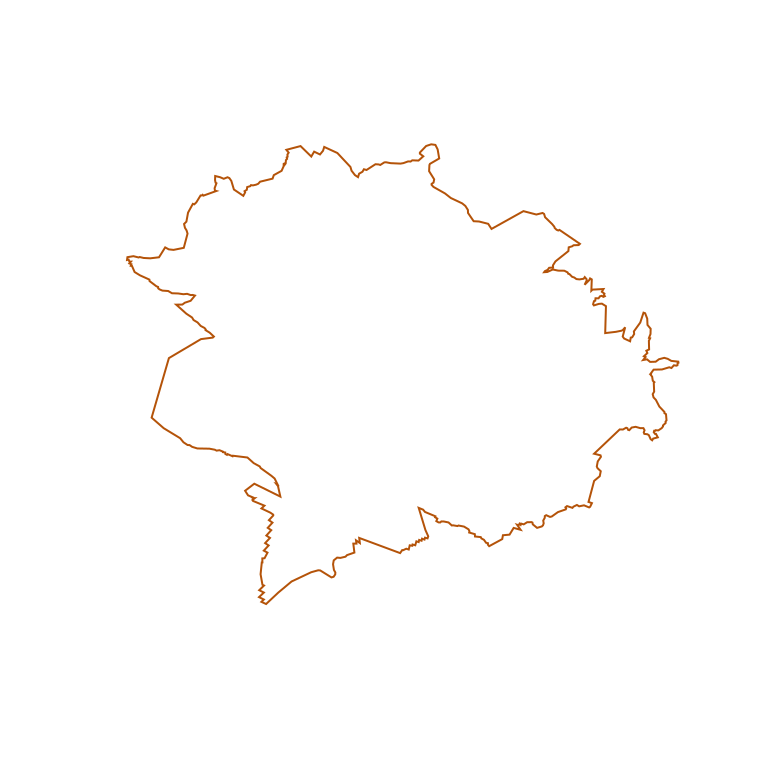 outline of Zautla, Puebla, Mexico, rotated 106°
{"feature_id": "50627088B17809013633948", "entity_name": "Zautla", "entity_type": "district", "adm_level": 2, "iso_a3": "MEX", "parent_name": "Mexico", "parent_adm1": "Puebla", "projection": "equal_earth", "projection_center": [-97.698, 19.714], "detail": "fine", "context": "isolated", "style": "outline", "palette": "amber", "viewbox_px": 768, "rotation_deg": 106, "n_neighbors": 0, "source": "geoboundaries", "source_scale": "gbopen_adm2", "svg_char_len": 6154}
<svg xmlns="http://www.w3.org/2000/svg" viewBox="0 0 768 768"><g transform="rotate(106 384 384)"><path d="M539.0,457.8L540.1,454.5L540.9,454.2L546.6,457.1L548.0,453.0L554.3,456.1L555.6,452.1L562.1,455.3L563.4,451.2L569.7,454.4L571.0,450.4L577.3,453.6L578.2,449.5L584.4,450.8L585.2,452.9L589.0,451.7L589.2,452.3L600.9,450.2L610.5,445.5L610.8,443.8L616.6,447.1L617.6,442.0L623.3,445.4L624.3,440.1L627.2,441.8L628.0,436.7L613.6,428.1L599.3,418.4L585.0,402.1L581.2,395.9L580.8,393.9L584.4,381.2L583.2,379.3L580.5,378.4L578.6,378.8L576.5,380.9L571.3,383.3L567.4,383.7L563.8,381.2L563.2,378.0L560.6,373.4L558.7,372.4L554.2,366.0L545.9,369.5L545.0,366.5L542.0,367.8L543.5,363.4L538.8,365.4L542.1,321.9L538.6,320.7L538.5,319.8L536.2,317.2L536.3,314.6L532.0,314.8L531.7,312.2L530.4,312.3L530.4,309.5L526.3,309.5L526.4,307.1L524.2,307.2L524.3,304.7L522.2,304.8L522.4,302.2L520.4,302.2L520.4,299.6L518.2,299.5L513.0,303.9L493.5,316.5L494.0,311.8L495.7,309.3L497.0,298.1L498.0,298.2L498.7,295.6L501.4,295.9L502.0,293.4L501.6,291.8L500.3,291.0L499.7,288.8L499.3,283.8L501.3,279.8L500.8,278.7L500.3,274.2L499.5,273.4L499.0,267.8L500.4,262.7L501.9,261.3L503.3,261.2L503.3,255.3L505.5,254.5L504.5,248.8L505.6,247.8L506.2,245.0L508.5,242.1L508.4,240.2L509.8,239.9L510.9,238.2L500.5,227.6L496.6,228.0L494.2,221.8L486.6,219.7L486.5,212.5L482.6,217.3L482.6,215.6L480.9,215.2L481.7,213.8L480.4,213.7L480.4,211.0L477.4,208.3L476.1,204.0L476.3,203.1L477.9,202.3L480.1,197.2L477.4,193.0L476.0,192.2L473.9,192.1L471.4,193.3L468.4,192.6L466.6,193.0L465.4,191.9L466.0,187.8L465.1,186.2L459.2,181.5L454.4,174.7L453.3,174.6L452.5,175.6L450.9,174.4L451.1,168.7L449.7,168.1L447.1,165.2L447.8,162.7L445.5,158.3L446.1,152.8L445.2,152.0L441.2,151.3L441.0,154.9L419.2,155.3L413.2,151.2L408.1,151.6L406.1,155.5L404.7,156.7L399.5,157.2L394.2,155.4L392.9,156.2L393.1,162.8L362.7,144.9L361.9,141.8L359.3,139.2L359.4,137.9L360.8,136.7L360.8,135.5L357.6,133.9L355.8,130.3L355.8,125.6L354.9,122.5L356.6,120.8L358.9,121.0L360.2,120.0L359.7,116.9L360.2,115.3L363.5,112.5L364.2,110.7L362.3,110.2L359.8,106.1L357.0,108.8L357.3,109.6L356.0,111.4L354.5,111.4L354.3,110.5L353.6,110.3L353.0,107.5L349.9,104.9L347.9,104.1L346.9,104.4L343.8,102.5L342.5,103.0L341.1,102.4L335.3,104.6L334.7,106.4L333.6,106.7L329.8,113.1L324.3,118.3L322.6,121.2L319.7,122.9L316.9,122.2L308.5,125.0L307.7,124.6L306.8,126.5L303.0,128.3L301.8,130.0L301.0,130.0L301.0,130.7L295.9,128.8L293.4,120.8L289.3,114.4L289.4,112.1L286.1,110.5L285.8,108.0L285.1,107.1L283.0,107.5L282.4,106.8L281.4,107.3L282.6,114.2L281.6,118.2L281.6,121.8L284.4,126.5L287.7,129.0L289.4,134.3L287.8,138.0L289.5,141.5L286.0,140.0L285.7,141.8L281.9,139.5L282.2,138.9L279.7,141.0L277.7,138.7L269.4,141.3L266.7,140.8L266.7,142.0L262.5,141.6L257.4,142.9L254.6,147.0L248.6,149.0L244.0,152.5L243.9,154.2L254.3,154.6L264.6,158.3L267.0,157.3L270.7,158.3L271.4,159.6L275.1,159.2L274.1,165.7L272.6,167.6L263.0,167.8L266.3,169.3L267.3,170.4L269.9,175.4L274.1,185.4L248.0,192.1L246.7,196.7L247.8,199.6L250.6,203.9L249.7,205.0L246.5,205.0L245.7,203.9L243.3,204.3L242.5,201.4L240.1,200.5L239.2,198.9L239.8,197.2L238.7,195.9L237.7,197.1L236.4,197.0L235.3,200.0L232.2,199.2L235.8,209.6L237.2,210.4L226.2,213.1L225.7,215.0L227.5,215.3L233.3,218.5L228.6,217.7L227.4,218.2L225.9,220.5L227.8,221.1L229.6,225.0L230.1,228.0L229.2,230.4L229.1,232.7L227.2,236.1L227.3,237.2L226.1,238.3L225.4,241.9L227.0,247.8L227.4,253.3L231.3,257.9L232.4,260.9L231.2,260.5L229.2,258.2L226.8,257.3L225.4,253.6L223.4,254.3L218.9,253.0L205.4,243.4L201.7,244.1L199.7,241.0L198.4,240.1L196.8,235.2L195.3,234.3L187.5,257.8L188.4,258.8L188.2,260.6L186.9,263.0L185.9,263.6L183.9,266.5L179.3,275.1L176.4,277.0L175.9,278.7L179.1,284.3L179.4,297.6L205.3,323.4L201.3,328.0L201.6,337.4L202.8,342.7L196.4,350.4L193.6,351.3L190.4,354.9L188.8,358.7L186.8,371.0L184.0,377.9L180.9,390.8L179.4,393.2L178.5,393.4L176.7,391.9L173.4,392.2L167.0,399.3L161.0,400.7L159.7,400.5L152.0,393.1L143.7,397.1L140.0,400.5L140.6,404.7L143.6,409.1L151.6,413.3L152.7,413.0L154.3,409.0L159.7,412.4L161.2,418.5L162.8,419.7L163.4,422.2L166.3,426.2L167.6,428.9L169.9,438.6L170.3,443.2L170.9,444.8L174.5,448.0L174.4,449.6L175.1,452.8L183.1,459.8L183.1,462.5L185.9,463.2L188.7,465.9L192.3,466.0L191.2,469.5L187.9,474.0L184.6,476.1L174.8,492.5L172.6,506.8L176.6,506.9L181.0,508.8L179.9,515.2L185.4,516.6L178.3,529.8L185.8,542.4L187.9,539.4L190.1,540.1L192.1,539.3L193.0,540.0L194.3,539.2L195.8,540.0L199.1,539.3L200.9,540.0L199.3,540.3L200.0,541.1L202.4,540.5L207.3,541.2L213.6,547.5L217.3,547.7L223.7,558.9L226.2,560.1L227.6,561.8L229.2,564.7L229.5,566.7L230.7,567.1L232.4,569.8L235.1,569.4L237.1,571.2L238.1,570.3L241.9,571.1L238.4,581.9L230.9,586.7L228.7,589.4L228.4,591.4L230.9,594.6L230.4,598.6L230.6,603.6L234.6,602.6L236.9,601.4L237.2,600.4L242.5,600.8L244.7,599.8L244.7,598.4L252.7,609.5L252.1,610.5L253.0,611.1L253.3,612.3L261.2,614.5L263.6,615.9L263.5,617.4L273.3,619.6L282.4,618.7L285.3,620.3L288.7,618.4L290.8,616.1L293.6,614.3L308.3,614.0L313.1,623.3L313.9,628.0L313.0,632.0L324.2,635.2L327.6,643.3L329.1,649.8L329.3,653.9L330.0,654.7L330.2,660.1L332.8,665.6L335.6,665.2L334.8,663.8L336.5,662.5L336.1,661.0L338.3,662.0L338.5,659.8L340.2,660.0L340.0,658.8L345.1,654.6L346.8,648.5L348.3,638.3L349.7,637.7L352.8,629.7L353.0,627.9L354.3,627.4L354.9,625.9L355.3,622.8L354.1,617.1L355.2,612.8L353.7,606.8L353.0,601.6L351.6,598.1L351.8,594.3L351.1,592.4L351.1,590.1L357.3,592.8L360.8,597.9L363.2,599.7L365.0,605.6L370.9,593.4L373.0,586.8L375.0,584.7L376.2,580.2L378.7,576.2L379.6,572.0L380.7,570.4L381.4,570.4L382.7,565.7L385.3,560.6L386.6,561.4L391.3,572.3L418.4,597.9L480.4,598.1L487.2,583.6L492.3,565.0L495.3,560.7L496.8,556.0L496.3,554.1L497.3,551.1L497.4,545.6L494.3,534.0L493.8,528.5L494.2,526.6L493.0,523.9L493.4,520.1L493.9,520.0L493.6,517.7L495.0,517.2L495.4,515.4L494.5,515.1L495.2,509.6L494.6,509.5L492.3,495.0L496.0,487.4L497.5,480.7L498.8,479.4L503.3,466.9L505.0,463.1L509.9,458.6L509.8,459.9L511.3,457.8L520.8,452.6L515.6,481.2L524.9,488.1L528.5,484.0L529.1,479.1L529.5,479.4L529.9,478.4L529.4,476.8L531.8,478.5L532.5,477.7L533.9,465.4L537.4,467.5L539.0,457.8Z" fill="none" stroke="#b45309" stroke-width="2"/></g></svg>